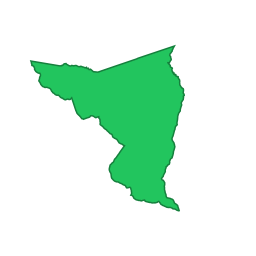 Turrialba, Cartago, Costa Rica (Robinson projection), rotated 341°
{"feature_id": "36466004B38119903555726", "entity_name": "Turrialba", "entity_type": "district", "adm_level": 2, "iso_a3": "CRI", "parent_name": "Costa Rica", "parent_adm1": "Cartago", "projection": "robinson", "projection_center": [-83.562, 9.784], "detail": "fine", "context": "isolated", "style": "filled", "palette": "green", "viewbox_px": 256, "rotation_deg": 341, "n_neighbors": 0, "source": "geoboundaries", "source_scale": "gbopen_adm2", "svg_char_len": 5752}
<svg xmlns="http://www.w3.org/2000/svg" viewBox="0 0 256 256"><g transform="rotate(341 128 128)"><path d="M149.2,222.9L149.5,222.8L149.6,220.2L149.5,219.4L149.7,217.6L149.6,217.1L149.3,216.7L148.9,215.9L148.3,215.2L147.5,214.1L147.5,212.7L147.4,212.2L147.4,211.3L147.2,210.6L146.6,209.7L145.6,209.0L145.1,208.4L142.2,206.7L141.9,205.8L141.8,204.9L142.2,203.5L142.1,200.8L142.3,200.3L142.5,197.9L143.1,196.4L143.4,194.8L144.2,193.7L144.9,191.7L144.4,189.3L144.2,188.8L143.7,188.6L143.5,188.4L143.2,187.6L143.2,186.8L143.5,186.5L144.0,186.2L144.5,185.7L145.1,185.5L145.6,185.1L146.3,184.0L148.8,181.7L149.2,181.1L149.4,180.2L149.6,179.7L150.9,178.1L151.2,177.7L151.4,177.0L152.7,176.7L153.4,176.2L153.6,175.9L155.0,175.7L155.3,175.6L155.7,175.1L155.9,174.6L156.3,174.1L156.5,172.9L156.6,172.7L157.3,172.2L157.8,171.4L158.8,170.9L159.9,170.6L160.3,170.1L160.5,169.4L160.8,169.3L161.2,168.9L161.7,168.0L162.5,166.9L162.7,166.2L163.1,165.7L163.3,165.0L163.7,164.6L165.3,162.4L166.2,161.0L166.3,160.4L166.3,159.7L166.5,158.8L166.5,157.6L166.6,157.0L165.9,154.4L165.9,153.7L166.0,152.6L166.1,152.4L167.2,150.9L167.8,150.4L170.1,147.0L170.9,145.7L172.0,144.5L172.6,143.2L173.4,142.1L173.7,141.9L175.5,141.0L175.7,140.5L175.7,139.7L176.1,138.9L176.2,138.4L176.8,137.5L177.6,136.1L177.7,135.5L178.1,135.0L178.7,133.4L179.1,132.7L180.8,130.4L181.6,129.9L182.2,129.3L182.6,129.2L183.0,128.8L183.3,127.8L183.7,127.2L184.1,126.5L184.6,125.9L184.9,125.3L185.9,124.2L186.3,123.6L186.4,122.0L186.8,121.3L187.0,121.0L187.8,120.4L188.4,119.8L189.4,119.2L190.1,117.8L190.3,117.6L190.7,115.9L191.7,115.6L191.9,115.2L191.9,113.8L191.6,113.2L191.6,112.8L192.8,110.3L192.9,110.0L193.0,109.2L193.0,108.9L192.6,108.3L192.0,107.7L192.0,107.3L191.6,106.7L191.4,105.7L191.1,104.4L191.1,103.7L191.4,102.8L191.6,101.8L192.2,100.5L192.3,99.8L192.4,99.3L192.2,98.9L191.7,96.5L191.8,96.3L192.1,96.1L192.1,95.8L191.7,95.5L190.7,94.9L190.3,94.5L190.2,94.2L190.6,93.6L190.5,93.0L190.4,92.9L190.1,92.8L189.9,93.1L189.7,93.1L189.3,92.7L188.8,92.1L188.8,91.7L189.3,91.6L189.4,90.9L189.1,90.7L188.5,90.5L188.4,90.3L188.3,89.9L188.6,89.4L188.6,89.2L188.3,88.8L188.3,88.2L188.5,87.7L188.6,86.7L188.8,86.4L189.3,86.1L189.3,85.7L189.1,85.2L188.0,84.2L188.0,83.4L188.3,82.8L188.3,82.4L187.9,81.7L187.2,80.1L187.1,79.8L187.1,79.3L188.4,79.8L188.6,79.4L189.1,79.1L189.8,78.4L191.0,77.6L191.2,77.2L191.3,76.3L191.2,75.5L191.5,74.9L191.5,74.2L191.1,73.1L191.1,72.8L191.2,72.6L192.0,71.5L193.2,70.9L194.0,70.2L194.6,69.9L194.8,69.6L195.3,68.6L195.8,68.4L196.2,67.7L198.5,65.6L160.1,65.3L158.7,65.5L134.2,65.4L117.7,65.4L113.6,63.5L111.7,60.2L111.2,60.1L111.1,60.3L110.4,60.2L110.2,60.1L110.0,59.5L109.8,58.9L109.8,58.5L109.3,58.5L109.0,58.6L108.7,58.5L108.5,58.1L108.5,57.1L107.0,57.2L106.0,56.1L104.8,55.4L104.0,54.6L103.1,54.2L102.9,54.2L102.7,54.4L102.2,54.3L101.2,53.8L100.8,53.6L99.6,52.2L98.4,51.7L97.8,51.7L96.4,51.4L96.2,51.1L95.0,50.5L94.6,50.7L94.0,50.7L93.3,50.4L92.3,49.7L92.0,49.2L91.1,48.2L90.5,47.6L90.4,46.9L89.0,46.6L88.3,46.6L87.2,47.2L86.9,47.4L86.4,47.4L86.1,47.2L85.7,47.4L85.6,47.6L83.6,47.0L58.0,33.1L58.0,34.7L57.8,35.2L57.8,36.6L57.5,37.6L58.2,38.1L59.0,39.1L59.0,40.1L59.1,40.6L59.1,41.3L58.7,42.3L59.3,44.6L60.2,45.9L61.1,46.9L62.4,47.5L62.6,47.7L62.6,48.1L62.6,49.2L62.3,49.9L61.9,50.6L61.1,51.1L60.6,52.1L60.4,52.6L59.1,54.3L59.1,54.9L59.6,56.3L59.8,58.5L60.3,59.9L60.8,60.8L61.2,61.4L61.8,61.7L62.6,62.6L63.3,62.8L64.4,63.0L65.9,64.2L66.6,64.7L67.2,65.4L67.6,66.4L67.7,68.0L68.2,69.1L68.4,70.1L69.4,71.2L70.1,72.7L70.5,73.1L71.5,73.9L72.9,74.3L73.6,75.5L74.0,76.7L74.4,77.3L75.1,78.1L75.9,78.5L76.1,78.8L76.2,79.3L77.5,80.7L78.2,81.0L79.8,80.9L80.3,81.0L81.0,81.3L81.4,81.8L82.3,82.1L82.8,82.1L84.6,81.1L84.4,94.7L84.5,95.2L84.6,97.5L85.1,98.7L85.6,99.7L85.8,100.1L86.2,100.7L86.3,101.2L86.6,101.8L87.1,103.2L87.1,103.5L87.4,104.2L87.7,104.4L88.5,104.7L88.7,105.2L90.0,105.2L92.7,105.1L93.2,105.2L94.8,105.2L95.5,105.1L96.4,104.4L96.7,104.3L98.5,105.0L99.4,105.9L100.6,107.6L101.4,107.8L101.7,107.8L102.0,107.7L104.0,107.8L103.9,108.1L103.7,108.6L103.7,109.1L104.2,110.3L104.2,111.1L103.7,112.7L103.5,114.2L103.2,114.7L102.9,115.0L102.8,115.3L102.9,115.9L104.4,118.1L104.7,118.6L105.2,120.2L105.7,120.8L106.0,121.6L107.0,122.6L107.3,123.5L107.4,123.9L107.9,124.6L109.4,127.7L110.3,128.3L110.5,128.5L110.8,129.5L110.7,130.6L110.7,131.2L110.8,131.7L111.0,132.1L111.5,132.6L112.0,133.4L112.8,134.0L113.0,134.4L113.8,135.2L114.8,139.2L115.0,139.3L115.9,140.4L117.1,141.3L117.4,141.7L117.8,142.5L118.9,143.6L111.8,148.7L111.5,149.2L111.0,149.4L109.9,150.1L107.1,152.2L105.1,153.2L103.4,155.2L102.8,155.6L101.5,155.9L100.7,156.5L99.6,156.9L99.1,157.2L98.8,157.6L98.4,158.3L97.7,159.3L97.0,160.5L96.7,161.4L96.6,162.2L96.7,163.8L96.8,164.4L97.0,165.0L97.0,165.7L96.4,168.5L96.3,169.1L96.3,170.2L97.4,172.8L98.2,174.0L99.0,174.7L100.0,175.4L101.1,175.8L101.3,176.0L102.4,177.4L103.9,178.6L105.0,180.1L106.5,181.3L106.8,182.0L107.1,183.8L107.3,184.2L108.3,184.5L110.0,184.6L110.5,184.6L111.0,185.7L110.8,187.3L110.8,188.4L110.8,188.7L110.5,189.1L110.5,189.4L110.2,190.9L108.9,192.4L109.4,192.5L109.8,193.1L110.2,193.6L110.5,194.3L110.6,194.8L110.6,195.9L110.9,196.6L112.1,198.3L113.2,199.1L114.0,199.5L114.7,200.1L116.0,200.5L116.4,201.0L116.6,201.1L117.1,201.3L118.7,201.3L120.2,201.5L120.3,202.6L120.9,203.3L123.4,204.9L124.2,205.4L125.4,205.9L125.8,206.3L126.5,206.7L128.1,207.2L128.9,207.3L129.1,207.6L131.4,207.8L132.0,207.5L133.2,207.4L134.0,209.5L134.1,210.3L134.4,211.0L135.0,211.7L135.5,212.2L135.7,212.6L136.3,213.0L137.2,213.9L137.6,214.3L138.4,215.0L139.1,215.7L140.0,216.1L140.7,216.5L141.4,216.6L142.2,216.9L143.0,217.6L143.6,218.1L144.1,219.0L144.6,219.3L145.9,219.8L147.0,221.0L147.6,221.8L149.2,222.9Z" fill="#22c55e" stroke="#15803d" stroke-width="1.5"/></g></svg>